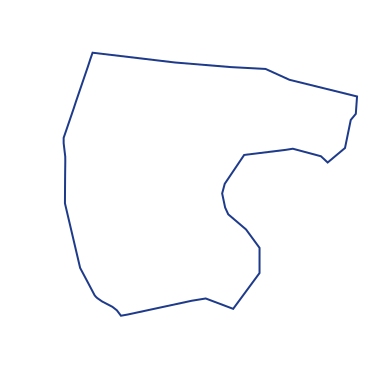 SVG path tracing the border of Bakool, rotated 285°
{"feature_id": "SOM-2312", "entity_name": "Bakool", "entity_type": "Region", "adm_level": 1, "iso_a3": "SOM", "parent_name": "Somalia", "parent_adm1": "", "projection": "robinson", "projection_center": [43.857, 4.102], "detail": "fine", "context": "isolated", "style": "outline", "palette": "blue", "viewbox_px": 384, "rotation_deg": 285, "n_neighbors": 0, "source": "natural_earth", "source_scale": "10m", "svg_char_len": 802}
<svg xmlns="http://www.w3.org/2000/svg" viewBox="0 0 384 384"><g transform="rotate(285 192 192)"><path d="M211.1,54.0L219.7,54.6L227.1,55.1L234.5,55.6L241.9,56.1L249.3,56.5L256.7,57.0L264.1,57.5L271.6,58.0L278.9,58.5L286.3,59.0L293.8,59.4L300.8,59.9L312.7,142.1L322.7,197.2L329.9,231.2L325.6,257.1L327.0,326.7L309.9,330.0L302.7,326.7L274.1,328.4L255.6,315.4L259.9,307.3L259.9,278.2L257.0,271.7L241.3,232.8L208.4,221.5L198.4,221.5L185.6,228.0L179.8,232.8L169.8,253.9L155.5,271.7L131.2,278.2L89.8,262.0L92.7,232.8L86.9,219.9L57.0,161.6L54.1,155.4L58.3,150.0L60.5,144.8L63.0,133.5L65.0,128.0L65.9,126.3L67.0,124.7L77.7,114.8L89.7,103.6L105.9,94.9L122.3,86.1L138.3,77.5L148.2,72.2L164.2,68.0L175.0,65.2L189.1,61.6L193.4,60.4L205.9,55.4L211.1,54.0Z" fill="none" stroke="#1e3a8a" stroke-width="2"/></g></svg>